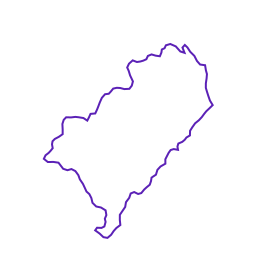 the district of Sardoá, Minas Gerais, Brazil, rotated 129°
{"feature_id": "56859067B85118179369931", "entity_name": "Sardoá", "entity_type": "district", "adm_level": 2, "iso_a3": "BRA", "parent_name": "Brazil", "parent_adm1": "Minas Gerais", "projection": "natural_earth1", "projection_center": [-42.402, -18.781], "detail": "fine", "context": "isolated", "style": "outline", "palette": "violet", "viewbox_px": 256, "rotation_deg": 129, "n_neighbors": 0, "source": "geoboundaries", "source_scale": "gbopen_adm2", "svg_char_len": 1804}
<svg xmlns="http://www.w3.org/2000/svg" viewBox="0 0 256 256"><g transform="rotate(129 128 128)"><path d="M181.5,83.1L177.2,84.7L173.9,82.9L172.9,78.6L170.2,76.7L165.6,76.7L162.3,76.2L158.4,75.4L154.8,76.7L151.7,78.5L146.7,76.9L142.0,78.8L137.4,78.5L132.2,76.5L128.8,79.3L126.0,79.9L121.7,80.8L118.3,81.0L115.6,79.2L113.5,75.4L111.3,77.9L108.4,79.1L104.6,77.1L101.5,76.5L98.6,76.6L94.8,75.2L91.1,78.0L86.9,78.5L82.1,78.8L77.4,77.8L73.1,77.5L68.9,77.7L65.7,77.7L61.3,77.1L56.9,76.6L55.1,81.6L52.5,85.8L50.0,89.6L47.8,92.8L44.3,95.6L39.9,98.2L36.4,100.6L34.2,103.7L30.7,107.6L33.3,111.9L32.5,116.6L30.2,121.8L29.6,127.6L28.0,132.5L27.7,136.1L31.2,136.3L34.0,131.4L35.6,135.5L34.5,142.2L36.1,148.0L39.9,150.6L43.0,149.8L45.7,151.1L48.4,149.5L52.2,148.4L54.4,152.1L56.0,156.0L59.5,157.9L63.0,157.0L66.0,158.5L68.6,160.3L71.1,162.6L72.5,166.9L77.4,167.7L81.5,166.7L83.1,163.5L85.8,159.5L88.7,153.5L92.7,151.7L96.7,151.6L100.1,155.4L101.8,159.2L103.8,162.0L106.7,164.3L110.5,164.3L113.5,164.5L116.2,167.1L121.0,167.3L125.9,166.0L129.8,164.7L133.0,163.7L137.3,162.6L140.6,166.0L144.4,165.0L147.9,164.3L148.3,168.9L150.7,173.1L152.5,175.9L155.6,178.9L158.6,182.8L162.1,183.1L166.2,181.5L170.2,177.9L173.9,174.9L178.4,176.2L182.6,178.0L185.8,178.3L188.5,176.8L191.1,173.8L194.4,173.8L197.3,174.0L201.1,174.9L204.9,174.0L204.9,168.9L201.3,164.6L198.7,160.2L200.5,152.7L198.9,148.5L195.5,146.1L194.6,141.8L195.9,136.9L198.2,133.1L199.8,127.8L202.0,123.3L203.5,120.3L203.7,116.4L205.5,112.4L208.5,108.5L209.0,103.3L206.8,99.0L206.1,93.6L209.3,90.0L213.1,88.9L215.1,86.3L219.4,84.4L222.3,85.7L225.0,89.3L228.2,89.1L227.9,83.6L228.3,78.4L226.3,74.8L221.6,73.9L217.1,74.3L213.0,74.1L208.2,72.9L204.6,76.5L200.6,79.7L195.9,80.1L191.1,80.5L186.9,82.9L181.5,83.1Z" fill="none" stroke="#5b21b6" stroke-width="2"/></g></svg>